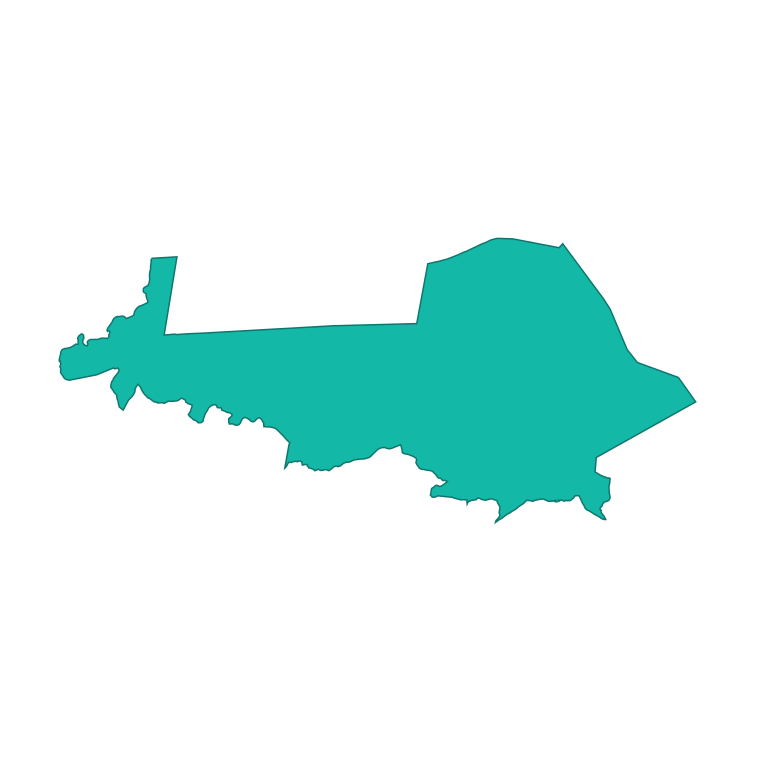 outline of El Barrio de la Soledad, Oaxaca, Mexico, rotated 226°
{"feature_id": "50627088B42092688569481", "entity_name": "El Barrio de la Soledad", "entity_type": "district", "adm_level": 2, "iso_a3": "MEX", "parent_name": "Mexico", "parent_adm1": "Oaxaca", "projection": "equal_earth", "projection_center": [-95.026, 16.802], "detail": "fine", "context": "isolated", "style": "filled", "palette": "teal", "viewbox_px": 768, "rotation_deg": 226, "n_neighbors": 0, "source": "geoboundaries", "source_scale": "gbopen_adm2", "svg_char_len": 6171}
<svg xmlns="http://www.w3.org/2000/svg" viewBox="0 0 768 768"><g transform="rotate(226 384 384)"><path d="M360.8,610.0L360.4,604.6L398.9,577.5L409.7,567.0L410.5,566.0L413.2,561.3L415.7,554.0L416.4,552.7L422.5,534.7L423.3,533.2L425.8,526.2L429.8,516.6L433.9,509.1L440.1,499.1L404.7,449.5L461.6,387.4L547.3,288.0L554.2,280.3L563.8,269.0L565.2,268.2L571.9,259.8L619.3,323.4L635.5,304.5L634.9,302.4L634.1,302.0L630.6,297.6L629.2,296.4L626.9,292.9L625.7,291.4L621.7,287.8L619.8,285.1L618.8,282.7L619.9,278.6L619.8,277.4L619.3,276.6L617.7,275.1L616.8,274.9L614.7,275.5L613.8,275.2L612.7,274.1L610.3,272.8L608.4,272.1L606.7,270.7L609.0,263.9L609.9,262.2L610.2,260.3L610.2,258.3L609.3,254.7L607.9,252.8L607.4,251.3L608.2,248.6L609.5,245.7L609.9,244.4L610.7,243.9L612.2,244.1L613.5,243.7L614.7,242.9L616.7,240.0L617.8,239.2L618.5,237.3L618.7,235.5L618.5,233.9L617.5,231.6L616.0,223.9L615.3,222.4L614.7,221.9L613.8,221.7L613.4,223.1L612.5,223.3L611.7,222.7L610.4,220.1L609.1,219.0L608.8,217.7L609.0,216.5L611.5,214.5L613.6,212.1L614.3,210.2L615.3,208.7L619.8,203.9L620.5,202.0L620.6,200.4L620.1,199.5L618.3,198.5L617.7,197.6L617.7,197.0L618.9,196.1L621.7,195.6L622.7,195.7L624.7,197.9L625.2,199.4L626.0,200.4L627.9,201.8L629.9,201.5L630.4,200.5L630.5,197.8L630.0,195.9L629.4,195.1L628.6,194.9L627.8,194.3L626.9,193.2L626.0,192.6L625.1,191.5L626.8,189.9L627.4,186.1L628.1,183.9L629.5,181.4L631.2,179.0L632.0,177.3L632.3,176.0L631.6,174.1L627.6,168.3L627.3,167.4L625.9,166.3L625.4,167.1L623.8,165.8L622.9,165.5L622.4,164.8L621.9,163.1L621.2,162.7L620.0,162.5L616.9,159.3L610.0,158.0L607.7,158.7L605.3,160.3L590.2,183.7L583.5,200.5L581.9,200.9L580.3,203.6L578.3,203.3L577.4,202.3L576.7,199.4L576.0,193.4L575.5,192.4L574.8,191.7L574.9,190.2L574.7,189.7L573.1,187.0L571.3,185.2L567.3,184.6L565.8,184.1L561.9,184.1L558.7,181.7L556.7,181.0L554.4,179.3L551.3,177.6L546.4,178.2L549.7,188.4L549.9,189.6L550.0,194.1L550.5,196.7L551.4,199.3L551.9,200.0L552.7,200.6L553.9,203.1L554.3,204.4L554.6,206.9L550.6,206.6L549.3,205.9L546.0,205.0L542.5,204.5L539.8,204.7L538.5,204.4L536.2,205.4L531.2,206.1L529.9,206.9L529.1,208.0L527.8,207.8L525.6,210.2L525.1,211.2L523.0,212.3L522.2,214.0L521.7,216.2L521.2,217.2L519.8,218.4L517.5,220.9L516.6,222.4L515.6,223.5L514.9,225.8L514.7,228.0L514.3,228.6L510.8,229.9L508.4,228.9L507.1,229.3L506.1,229.3L502.6,231.3L501.0,230.2L500.2,228.2L499.4,227.0L498.8,225.8L497.9,222.0L496.0,221.7L491.9,222.2L490.9,222.0L490.2,222.2L488.7,223.2L486.1,223.6L485.5,223.3L484.3,224.3L483.4,225.4L482.9,227.4L483.1,228.3L483.7,228.8L484.2,229.7L486.9,234.9L487.2,236.9L488.7,241.6L488.3,244.9L487.7,246.4L486.9,247.6L486.1,248.5L484.4,248.5L483.5,247.9L482.6,247.8L479.8,250.4L478.0,249.1L474.8,250.7L472.9,251.2L470.0,253.3L467.5,253.5L466.7,252.1L466.9,248.2L464.7,246.1L462.7,244.9L460.7,247.2L459.8,247.8L458.3,248.2L457.1,248.9L455.6,251.0L455.6,252.7L455.8,253.9L457.0,256.5L457.3,258.5L456.8,260.5L454.9,261.6L452.1,262.4L450.6,262.3L449.1,262.7L447.7,263.6L447.1,264.8L447.2,268.4L446.8,270.2L446.1,271.0L443.5,271.3L439.5,270.2L436.7,268.0L436.2,268.8L435.4,269.1L432.4,272.1L428.4,274.7L425.9,275.3L422.9,275.4L416.2,275.5L411.2,275.2L407.1,275.4L406.5,273.8L406.0,273.0L392.4,254.2L392.4,255.8L392.7,257.1L393.4,259.4L393.9,260.6L393.3,261.6L392.1,262.6L391.7,263.3L391.1,265.1L390.4,265.7L389.9,266.5L389.4,267.1L388.4,267.5L387.4,269.7L387.0,270.2L385.0,270.7L382.7,269.0L382.2,269.1L380.7,271.7L380.0,272.2L379.6,272.8L379.0,272.7L378.4,271.9L375.7,271.7L374.8,272.5L372.9,273.3L372.3,273.8L371.6,273.8L370.8,274.1L369.9,273.9L369.1,275.1L368.3,277.6L366.0,278.3L364.3,280.1L363.6,281.9L361.8,283.4L360.3,283.9L359.7,284.6L359.2,290.9L358.1,292.8L357.3,293.2L356.7,293.3L355.4,295.6L355.1,299.5L354.2,302.1L352.1,304.6L351.4,306.1L350.5,308.9L349.6,310.5L346.5,314.8L343.9,317.6L341.6,322.0L341.2,323.5L341.2,324.7L341.3,333.0L341.1,334.8L340.3,337.0L339.4,338.6L338.0,340.2L335.0,341.8L333.6,342.9L332.4,344.9L328.7,353.8L323.8,351.1L322.3,349.7L321.6,349.6L320.5,349.8L316.0,352.8L313.8,353.6L312.9,354.3L308.8,355.5L307.1,355.1L305.2,352.3L302.7,351.6L298.6,351.0L297.4,351.4L296.0,352.2L294.9,353.3L292.1,355.0L289.9,356.9L287.5,358.3L285.2,358.1L283.4,358.4L282.5,358.1L281.4,358.2L280.1,357.8L278.4,357.9L277.0,359.2L276.3,359.3L274.7,359.1L273.4,359.4L272.8,360.5L272.1,361.1L270.9,361.3L269.9,361.9L270.1,358.2L270.6,355.1L270.9,354.0L271.5,352.9L273.2,352.3L274.9,351.2L275.2,350.2L275.3,347.6L275.7,346.4L275.5,345.1L273.3,342.5L271.9,340.3L271.7,340.5L270.1,340.1L269.2,340.1L268.5,340.6L267.4,341.8L266.1,345.1L254.7,354.7L253.7,354.9L247.9,358.4L243.2,363.1L239.9,360.5L240.5,362.1L240.7,363.5L240.3,363.8L239.6,365.9L238.9,367.0L238.4,367.4L238.0,368.4L236.8,369.7L236.7,370.2L237.0,371.4L237.0,372.2L235.2,373.4L233.2,374.0L231.6,375.0L229.7,376.5L227.4,380.6L226.8,381.4L225.6,382.3L224.6,382.6L222.2,384.1L221.4,384.1L219.7,383.2L214.8,381.9L211.7,377.7L209.0,376.0L208.6,375.5L208.3,373.9L208.0,371.6L208.0,369.8L207.0,368.1L206.5,371.8L205.5,375.7L205.0,380.4L204.6,382.9L203.8,384.9L203.4,388.1L202.9,389.8L202.3,393.2L202.2,395.8L201.1,401.6L201.2,405.8L198.4,408.3L197.3,408.8L195.9,410.0L196.1,410.8L192.6,416.3L191.1,418.3L189.9,419.0L185.6,420.7L183.5,422.7L183.5,423.3L182.7,423.9L182.6,424.3L182.0,424.5L181.9,425.0L181.5,425.5L181.4,426.7L181.2,426.7L180.5,425.4L179.0,426.6L178.8,427.9L179.3,428.9L178.0,428.9L177.9,429.7L177.5,430.6L176.8,431.4L175.9,431.6L174.3,432.4L174.2,433.7L172.3,435.2L170.7,437.1L170.3,440.8L170.9,443.7L169.1,445.8L168.0,446.7L159.5,443.7L158.0,443.6L156.5,442.9L154.3,442.4L153.2,442.4L151.3,442.9L150.2,443.5L144.0,444.9L140.2,446.2L137.7,446.8L136.1,446.9L133.5,448.3L132.5,449.4L136.3,450.5L140.0,450.8L141.2,451.3L142.3,452.5L142.9,452.2L144.5,452.8L144.8,454.6L144.6,455.2L144.9,455.7L144.8,456.2L145.6,457.2L146.1,460.8L145.1,462.2L144.1,464.7L144.7,467.1L146.3,468.6L148.2,469.7L151.9,472.7L154.4,475.1L156.1,477.8L157.0,478.6L158.4,480.4L158.9,480.9L159.6,481.0L161.4,479.3L163.4,478.5L164.9,477.5L165.5,477.5L167.8,476.4L174.2,474.8L183.7,485.7L154.6,595.8L184.2,600.3L223.5,581.2L239.7,582.8L280.8,598.7L293.1,601.1L360.8,610.0Z" fill="#14b8a6" stroke="#0f766e" stroke-width="1.5"/></g></svg>